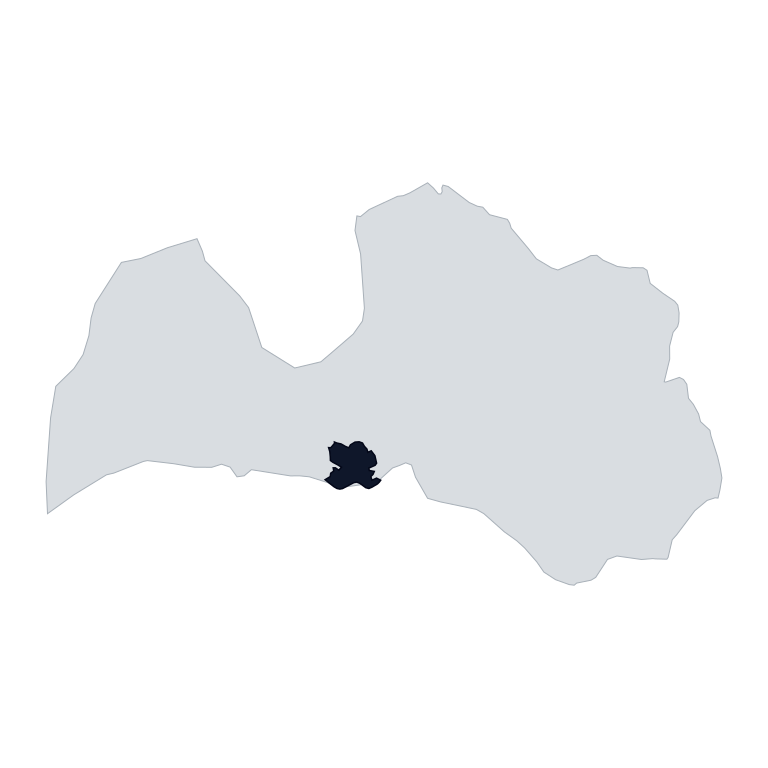 Bauska on a map of Latvia (Albers equal-area conic projection)
{"feature_id": "LVA-1079", "entity_name": "Bauska", "entity_type": "Municipality", "adm_level": 1, "iso_a3": "LVA", "parent_name": "Latvia", "parent_adm1": "", "projection": "albers", "projection_center": [24.265, 56.397], "detail": "fine", "context": "in_parent", "style": "filled", "palette": "ink", "viewbox_px": 768, "rotation_deg": 0, "n_neighbors": 0, "source": "natural_earth", "source_scale": "10m", "svg_char_len": 2548}
<svg xmlns="http://www.w3.org/2000/svg" viewBox="0 0 768 768"><path d="M574.2,585.2L569.3,584.6L555.6,579.7L543.9,572.1L536.8,561.9L524.6,547.9L516.7,540.7L504.4,531.9L483.8,513.6L476.4,509.4L440.5,501.9L427.6,498.3L415.5,477.2L411.5,465.0L405.7,462.8L399.4,465.5L392.5,468.0L376.5,482.5L371.4,484.5L361.4,484.7L338.2,487.9L327.6,482.6L309.3,476.8L299.3,475.8L290.5,475.9L251.4,469.7L244.2,475.8L237.0,476.8L230.1,467.1L221.5,464.2L211.8,467.3L194.4,467.2L173.7,463.7L147.4,460.6L143.5,461.4L113.8,473.1L106.5,474.8L73.7,494.9L47.5,513.7L46.1,481.6L50.6,417.8L55.8,386.3L73.9,368.6L83.1,354.6L88.9,335.7L91.1,318.0L95.2,303.5L121.4,262.4L140.9,258.5L167.5,247.7L197.0,238.7L202.4,251.2L205.0,260.8L239.7,295.9L248.6,307.6L261.8,347.5L294.7,368.0L320.9,361.8L332.3,352.1L353.2,334.1L362.5,321.0L364.4,308.3L360.6,254.0L355.0,230.5L356.9,215.9L360.5,216.6L369.2,209.5L397.6,196.3L403.3,195.7L409.8,192.9L427.6,182.8L433.4,188.0L438.3,193.9L440.9,194.0L442.2,191.7L441.8,187.9L443.0,185.1L448.2,186.5L469.2,202.5L477.3,206.2L482.8,207.2L489.5,214.7L507.4,219.4L509.7,223.3L511.2,228.2L528.4,248.6L536.3,258.8L551.5,267.9L557.9,270.0L583.7,259.3L590.8,255.6L596.8,255.3L603.1,260.2L617.4,266.5L630.1,268.1L632.4,267.6L643.2,267.8L647.0,270.3L650.2,283.4L662.9,293.3L674.7,301.3L677.8,305.2L679.1,312.9L678.8,321.9L677.6,326.6L673.1,332.3L669.6,346.1L669.7,359.1L664.2,381.8L665.7,382.1L679.4,377.4L683.5,379.5L686.8,384.3L688.5,398.3L693.4,404.4L698.6,414.0L700.5,421.6L709.9,430.3L711.0,436.1L717.6,456.8L720.4,468.7L721.9,478.0L719.9,490.0L718.0,498.1L715.1,497.8L707.1,500.4L694.8,510.7L676.9,534.5L672.2,539.8L668.1,557.4L666.9,559.2L655.7,558.9L652.7,558.6L641.5,559.5L616.9,556.0L607.5,559.4L595.7,577.4L591.0,580.2L576.6,583.1L574.2,585.2Z" fill="#d9dde1" stroke="#a8b0b8" stroke-width="1"/><path d="M380.7,480.2L379.3,482.1L377.5,483.9L372.1,487.1L368.9,488.5L365.8,487.7L359.8,483.3L356.8,482.1L353.9,482.6L342.5,488.6L340.0,489.0L339.9,489.1L337.0,488.5L333.9,486.7L325.1,479.7L327.7,478.1L330.2,476.6L330.7,473.2L333.7,471.1L333.2,467.8L335.4,467.8L338.8,470.2L341.5,467.2L337.6,464.8L332.9,462.3L330.4,460.5L330.3,456.9L329.8,451.7L328.6,447.6L329.9,447.7L331.0,447.5L334.5,443.3L334.4,442.0L336.8,443.0L341.0,443.9L343.2,445.1L345.2,446.3L348.8,447.8L350.5,444.8L355.0,442.1L359.2,441.8L362.5,443.0L364.4,446.3L366.9,449.0L367.9,452.3L371.2,450.8L374.9,455.7L376.6,463.2L375.1,465.3L368.8,468.1L369.3,470.5L374.3,471.4L373.0,474.4L370.8,476.6L372.0,480.2L376.5,478.1L380.7,480.2Z" fill="#0f172a" stroke="#020617" stroke-width="1.5"/></svg>